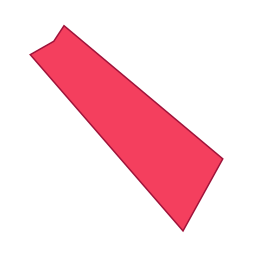 14, Ad Dawhah, Qatar, rotated 266°
{"feature_id": "91078587B44176615316419", "entity_name": "14", "entity_type": "district", "adm_level": 2, "iso_a3": "QAT", "parent_name": "Qatar", "parent_adm1": "Ad Dawhah", "projection": "equal_earth", "projection_center": [51.529, 25.277], "detail": "fine", "context": "isolated", "style": "filled", "palette": "rose", "viewbox_px": 256, "rotation_deg": 266, "n_neighbors": 0, "source": "geoboundaries", "source_scale": "gbopen_adm2", "svg_char_len": 237}
<svg xmlns="http://www.w3.org/2000/svg" viewBox="0 0 256 256"><g transform="rotate(266 128 128)"><path d="M21.5,175.7L90.6,220.4L234.5,71.3L219.7,60.0L208.0,35.6L21.5,175.7Z" fill="#f43f5e" stroke="#9f1239" stroke-width="1.5"/></g></svg>